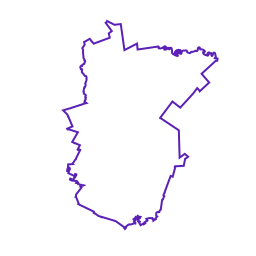 Vallecillo, Nuevo León, Mexico (Albers equal-area conic projection), rotated 16°
{"feature_id": "50627088B49667665932630", "entity_name": "Vallecillo", "entity_type": "district", "adm_level": 2, "iso_a3": "MEX", "parent_name": "Mexico", "parent_adm1": "Nuevo León", "projection": "albers", "projection_center": [-99.794, 26.639], "detail": "fine", "context": "isolated", "style": "outline", "palette": "violet", "viewbox_px": 256, "rotation_deg": 16, "n_neighbors": 0, "source": "geoboundaries", "source_scale": "gbopen_adm2", "svg_char_len": 5665}
<svg xmlns="http://www.w3.org/2000/svg" viewBox="0 0 256 256"><g transform="rotate(16 128 128)"><path d="M179.9,207.9L179.5,207.4L179.5,207.1L179.7,206.3L180.5,205.0L180.3,204.9L179.7,204.9L179.3,204.5L178.6,202.1L178.8,201.5L179.5,200.6L179.9,200.4L180.4,200.5L181.1,200.3L181.3,200.0L181.2,199.3L181.3,198.6L181.6,197.9L182.0,197.6L180.6,187.6L181.1,186.8L181.3,186.8L181.4,184.5L181.6,183.8L181.7,183.5L181.2,183.2L181.1,183.4L180.6,183.0L180.7,181.5L181.1,180.0L180.9,179.9L182.2,162.3L184.4,162.5L184.2,152.4L183.7,152.3L183.8,151.8L186.6,150.9L192.0,149.0L191.4,141.8L192.0,141.3L192.9,140.3L193.7,139.0L189.7,137.2L185.8,142.3L177.5,116.2L158.7,110.2L156.7,109.6L156.3,109.7L156.1,109.5L163.4,90.3L172.6,94.0L181.1,77.0L183.5,70.6L185.9,72.0L186.8,73.0L193.5,61.9L183.8,55.6L193.9,39.1L194.8,39.0L195.2,38.7L195.0,36.6L194.1,36.5L193.1,36.7L192.8,36.9L192.2,37.0L192.2,36.7L192.8,35.8L192.8,35.4L192.4,34.5L191.9,33.8L191.6,33.0L191.1,32.2L190.8,32.0L190.1,31.8L189.7,32.0L189.2,32.7L189.3,34.7L189.2,35.4L188.9,35.6L188.6,35.6L188.2,35.1L188.0,34.9L187.9,34.1L187.4,33.7L187.4,33.4L187.2,33.2L186.8,33.4L186.4,33.4L186.1,33.7L185.7,33.2L185.1,33.0L184.8,33.1L184.0,33.9L183.9,34.5L184.0,34.7L184.6,35.2L185.1,35.4L184.9,36.3L184.2,36.6L183.5,36.3L183.0,36.3L182.4,36.5L180.9,36.2L179.8,35.6L179.7,35.4L180.0,35.1L180.0,34.8L179.9,34.6L179.4,34.3L179.5,33.8L179.9,33.9L180.1,33.7L180.5,33.9L180.8,33.2L180.6,32.9L179.7,32.4L178.3,32.0L176.5,32.2L176.0,32.5L175.8,32.5L175.1,31.8L175.1,31.3L174.6,30.9L174.2,30.8L173.6,31.1L173.3,31.7L173.2,32.1L173.6,33.8L173.5,34.1L173.3,34.4L173.1,35.0L172.5,35.2L172.0,35.1L171.7,35.1L171.3,35.3L170.4,36.2L169.5,36.8L168.9,37.1L167.8,37.3L167.4,38.4L166.8,39.0L164.4,39.0L164.1,38.8L163.5,37.9L163.0,37.4L162.5,37.4L161.6,37.8L159.7,38.4L159.3,38.6L158.9,39.1L158.7,39.5L158.7,39.9L158.6,40.6L158.8,41.5L158.7,42.0L158.4,42.1L157.2,42.1L156.3,42.0L155.4,42.3L154.5,42.3L154.2,42.0L154.3,41.7L154.7,41.1L155.2,40.8L156.0,40.6L156.8,40.7L157.1,40.5L157.3,40.0L157.1,39.0L156.7,38.7L155.0,38.9L154.8,39.1L154.8,39.8L153.9,39.6L153.4,39.8L152.9,40.5L152.2,42.0L152.3,43.2L152.5,43.4L152.9,43.6L153.4,44.0L153.9,44.1L154.8,43.9L155.3,44.0L155.8,44.4L156.0,44.8L155.3,45.2L154.2,44.9L154.1,45.1L152.9,45.0L152.1,44.7L151.1,44.6L149.9,43.9L149.5,43.3L149.4,42.6L148.3,40.0L147.8,39.3L147.4,39.1L146.8,39.1L146.3,39.5L146.4,40.3L146.1,40.9L145.8,41.0L145.7,40.9L145.8,40.1L145.6,39.8L145.3,39.7L144.3,40.0L144.2,40.1L144.1,40.8L142.9,42.0L142.5,42.3L141.4,42.6L141.2,42.2L140.8,41.8L140.8,41.3L140.9,41.0L142.2,40.2L142.4,39.9L141.6,39.3L141.0,39.3L140.5,39.6L139.7,40.5L139.2,41.5L138.5,41.8L137.9,42.3L136.5,42.8L135.8,42.9L135.3,42.7L135.2,42.5L135.3,42.1L135.3,41.7L134.7,41.3L115.6,49.9L113.4,44.4L103.1,54.1L92.4,30.1L86.6,32.5L78.5,31.0L78.6,31.5L78.5,31.8L77.5,33.0L85.7,39.3L83.4,42.4L85.4,45.8L85.5,46.3L76.1,53.2L76.0,53.4L75.8,53.4L71.8,56.4L69.3,54.7L69.1,54.8L68.9,54.7L68.5,54.1L66.7,52.8L62.9,56.7L62.1,57.4L62.8,58.6L63.4,59.9L62.1,63.9L63.4,65.4L63.7,67.1L66.1,73.3L66.9,73.8L67.4,75.0L67.9,75.0L68.5,75.8L68.2,77.0L68.3,78.3L67.3,79.1L66.7,80.0L66.8,80.9L65.8,81.1L65.3,82.4L65.5,82.9L65.7,83.0L65.9,83.6L66.5,84.4L67.3,84.1L67.8,84.4L67.8,85.3L68.2,86.8L68.4,86.8L69.2,87.8L69.7,87.9L72.2,89.8L73.5,89.7L74.4,91.1L74.3,91.9L74.8,92.6L74.9,94.2L74.7,95.6L74.9,96.3L74.6,97.0L75.5,98.3L75.4,99.8L75.0,100.4L75.3,101.0L74.7,101.7L75.0,103.4L75.1,105.2L75.7,105.6L75.8,106.6L76.1,107.1L76.8,107.4L77.8,107.7L78.5,108.2L78.3,109.8L79.0,110.2L78.8,110.5L79.0,111.6L79.4,111.8L79.5,112.2L79.1,112.9L79.2,113.3L78.9,113.8L79.0,115.0L80.1,115.1L81.2,115.5L79.4,116.5L78.5,117.2L67.8,124.4L66.9,125.1L66.4,125.3L60.8,128.9L65.7,131.6L67.4,133.2L67.3,133.6L67.9,134.0L74.2,141.8L69.7,145.4L70.2,146.0L70.7,145.6L81.0,145.9L78.2,156.8L80.9,157.3L80.9,157.1L86.5,157.8L85.5,162.7L85.9,162.9L87.3,162.5L87.6,162.1L88.1,162.2L86.5,171.2L86.5,172.5L85.9,173.2L85.4,175.2L84.4,177.6L84.9,177.9L80.5,179.5L81.1,182.1L81.3,182.2L82.7,182.3L82.9,182.5L83.4,183.2L83.3,185.1L81.6,185.0L81.5,183.9L81.1,183.9L81.3,186.1L83.2,186.2L83.1,187.9L89.9,188.9L89.9,188.4L90.1,188.4L90.1,188.2L89.9,188.2L89.9,186.8L91.1,186.8L91.3,187.4L90.6,190.2L89.9,190.2L90.0,193.0L86.5,192.5L86.4,193.6L88.3,194.0L93.4,193.2L93.5,193.8L93.3,195.1L93.8,195.0L94.1,194.5L93.7,194.3L93.7,194.1L93.9,193.8L94.2,193.6L95.1,194.4L94.8,194.5L95.3,195.3L95.6,194.9L96.0,195.1L96.2,195.5L97.5,196.0L97.9,195.9L98.3,195.5L98.9,195.4L99.3,195.8L99.5,195.8L100.7,195.3L101.3,195.3L100.8,195.8L99.7,196.1L99.0,196.2L98.4,197.6L99.7,198.1L96.4,206.3L97.0,208.3L96.8,208.6L97.1,208.6L101.5,214.3L101.2,214.8L102.9,215.2L118.2,217.8L118.4,219.1L119.4,219.3L119.4,219.1L119.5,219.1L123.8,220.7L127.1,220.7L127.1,221.0L127.4,221.0L127.4,220.7L141.7,220.9L152.0,224.5L151.8,225.1L152.9,225.9L153.5,224.6L152.8,224.2L153.2,223.4L155.1,220.7L155.6,220.6L155.9,220.3L157.3,219.9L159.0,218.9L159.4,218.5L160.4,217.8L161.4,217.8L161.4,217.3L159.6,216.3L160.2,215.4L159.8,215.4L158.4,214.2L159.1,213.3L159.6,213.9L159.9,213.8L160.4,213.9L160.4,213.7L160.1,213.3L160.1,213.1L159.7,212.7L159.8,211.7L161.8,212.8L161.9,212.2L162.2,212.0L161.2,211.4L161.3,210.7L161.5,210.6L161.4,210.4L161.5,209.8L163.0,210.2L164.5,210.0L164.3,211.2L163.7,211.5L163.0,211.4L163.1,211.5L163.8,211.9L163.2,212.5L163.3,214.9L163.7,215.0L163.8,214.8L164.2,214.6L164.5,214.9L165.2,214.8L165.1,215.7L164.9,216.0L166.9,218.0L168.9,215.7L169.6,216.3L170.9,214.8L170.0,213.9L171.1,212.7L171.3,212.6L171.2,212.5L172.1,211.6L170.7,210.3L172.7,209.0L176.2,207.9L176.6,208.7L177.7,208.6L177.5,209.4L177.7,209.7L177.9,209.6L178.0,210.0L179.9,207.9Z" fill="none" stroke="#5b21b6" stroke-width="2"/></g></svg>